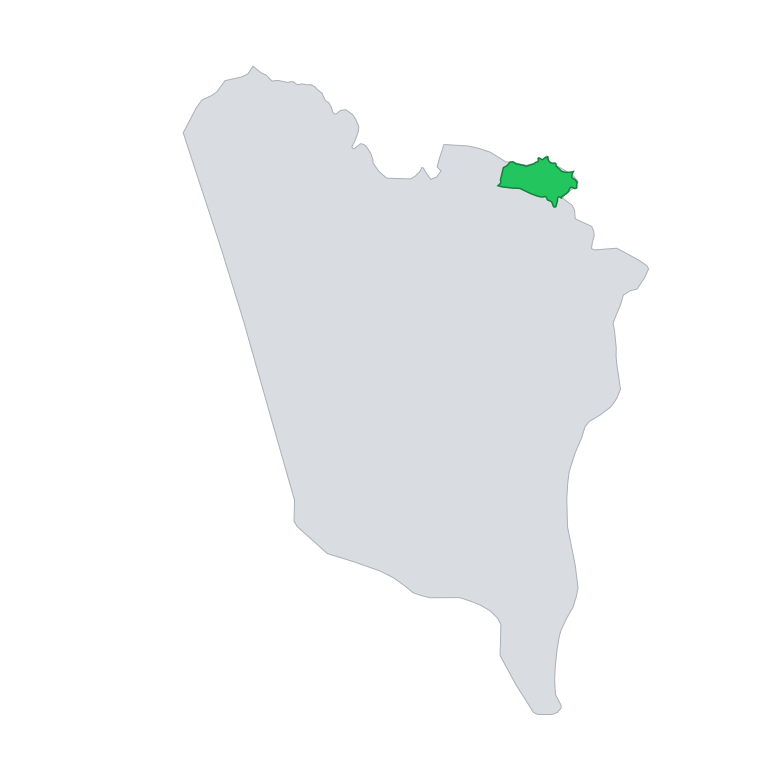 Lattakia highlighted on a map of Syria, rotated 108°
{"feature_id": "SYR-134", "entity_name": "Lattakia", "entity_type": "Province", "adm_level": 1, "iso_a3": "SYR", "parent_name": "Syria", "parent_adm1": "", "projection": "equal_earth", "projection_center": [36.019, 35.573], "detail": "fine", "context": "in_parent", "style": "filled", "palette": "green", "viewbox_px": 768, "rotation_deg": 108, "n_neighbors": 0, "source": "natural_earth", "source_scale": "10m", "svg_char_len": 3713}
<svg xmlns="http://www.w3.org/2000/svg" viewBox="0 0 768 768"><g transform="rotate(108 384 384)"><path d="M131.0,262.5L137.1,263.2L150.0,271.6L152.1,271.3L156.0,260.2L159.8,256.5L167.8,253.2L170.0,235.2L173.7,231.8L178.2,229.9L185.1,229.6L191.1,228.5L191.5,225.4L183.0,204.7L183.8,199.5L187.8,178.7L190.3,170.5L192.7,167.9L202.2,169.0L215.5,172.6L219.1,178.6L225.6,183.9L235.4,183.5L246.6,184.5L255.4,184.9L262.4,181.1L278.2,174.2L286.1,171.8L293.2,168.7L316.0,157.4L325.2,158.2L331.5,159.7L336.3,161.6L347.2,169.3L356.2,177.2L362.5,179.6L373.8,179.4L390.1,180.9L410.1,180.8L421.7,178.6L436.6,174.7L463.0,165.4L497.5,146.0L517.9,136.5L526.7,135.4L538.2,135.3L549.7,137.8L562.8,139.5L568.9,139.4L583.0,137.4L601.2,133.5L612.6,130.3L626.4,125.0L634.8,116.3L637.6,115.4L641.2,117.0L642.9,117.6L646.6,122.5L650.7,135.4L650.7,136.8L650.1,140.5L641.3,151.0L629.4,165.4L620.8,174.5L606.2,189.8L595.1,193.0L576.4,198.6L571.5,203.9L567.0,212.6L564.5,224.4L563.9,231.8L563.7,245.7L568.4,260.1L573.0,273.9L573.7,283.0L573.5,292.1L569.6,301.7L565.4,314.9L563.1,329.9L562.4,358.0L562.8,381.9L562.6,385.9L555.1,402.8L546.4,422.6L542.2,427.2L522.3,433.1L500.7,447.6L476.5,463.9L454.5,478.7L431.4,494.2L407.3,510.4L390.1,521.9L367.1,537.3L346.1,552.1L324.8,567.1L308.6,578.5L283.9,596.5L269.4,607.1L248.1,622.7L229.4,636.4L207.1,652.6L179.1,647.8L170.3,645.0L163.1,637.3L157.8,633.2L144.6,628.9L136.1,614.4L131.0,609.2L122.2,606.9L125.9,597.6L126.7,591.5L130.5,584.0L128.1,579.1L126.9,568.7L125.3,566.1L124.6,563.4L126.0,560.1L125.4,556.6L124.0,555.2L123.3,550.0L122.0,546.2L122.6,541.5L124.6,538.5L126.6,532.6L128.9,530.9L132.7,527.2L133.6,523.4L137.0,519.7L141.5,516.6L142.5,514.2L141.8,512.8L137.3,510.0L134.9,505.2L137.1,498.1L138.5,495.9L141.2,492.5L147.2,487.4L151.9,486.5L156.0,486.5L162.8,486.9L168.2,487.9L169.5,486.5L169.3,484.8L162.7,480.6L162.4,477.2L164.0,473.6L168.7,467.9L174.2,463.7L177.1,462.9L183.4,454.5L187.4,445.1L180.8,422.2L176.8,418.6L170.4,415.4L166.6,415.0L166.3,413.5L171.3,407.7L174.9,402.7L170.9,397.9L163.8,395.6L161.1,400.6L152.0,401.0L137.7,401.0L131.5,376.9L130.6,366.5L130.7,354.4L135.1,336.8L133.0,328.7L132.9,323.2L131.8,315.7L120.6,299.5L126.7,269.7L131.0,262.5Z" fill="#d9dde1" stroke="#a8b0b8" stroke-width="1"/><path d="M150.9,272.8L152.3,272.6L152.3,273.0L152.1,273.7L152.0,274.0L151.8,274.4L151.8,274.8L151.8,275.2L151.9,275.5L152.2,275.8L152.8,276.1L154.0,276.2L154.6,276.1L155.0,276.1L155.7,275.8L156.4,275.6L161.9,275.3L162.3,275.4L162.6,275.7L162.9,276.1L163.0,276.5L163.0,276.9L163.0,277.3L162.3,278.2L160.3,279.7L159.0,280.9L158.7,281.9L158.5,284.6L158.4,285.3L158.2,285.7L156.9,286.7L156.1,287.6L155.9,288.1L155.8,288.6L156.0,288.9L156.9,290.3L157.2,290.9L157.4,291.6L157.6,292.8L157.9,296.2L157.6,303.4L156.0,315.2L156.1,315.6L156.6,317.6L157.9,321.8L160.0,332.7L160.2,336.9L157.1,335.2L156.0,335.1L154.9,335.8L154.3,336.1L154.0,336.3L141.8,337.3L141.2,337.2L138.8,334.9L137.6,334.1L134.1,332.8L132.8,329.9L133.9,326.3L133.5,324.5L132.9,317.5L133.1,316.0L132.3,315.1L128.4,309.4L126.7,308.5L125.9,307.9L125.6,306.8L125.0,306.2L123.6,306.4L122.4,306.9L121.9,307.2L121.1,306.7L121.2,305.5L121.6,304.0L121.7,302.7L121.2,302.2L118.4,300.5L118.5,300.0L118.7,298.9L118.9,298.3L118.4,298.3L117.3,299.0L117.3,298.3L118.9,297.7L120.5,296.6L121.7,295.0L122.2,293.1L122.0,291.9L121.3,290.5L121.1,289.1L121.6,288.4L123.5,287.7L126.6,281.2L126.8,280.6L126.7,278.1L126.4,276.0L125.5,273.5L124.5,271.2L123.4,269.6L127.3,269.9L129.2,269.4L130.1,267.8L130.4,265.8L132.5,262.4L133.3,262.6L134.9,262.3L136.5,261.6L138.1,261.4L139.1,262.6L139.1,264.0L138.9,265.4L139.1,266.7L140.0,267.6L141.3,267.9L143.8,268.0L146.2,269.2L150.9,272.8Z" fill="#22c55e" stroke="#15803d" stroke-width="1.5"/></g></svg>